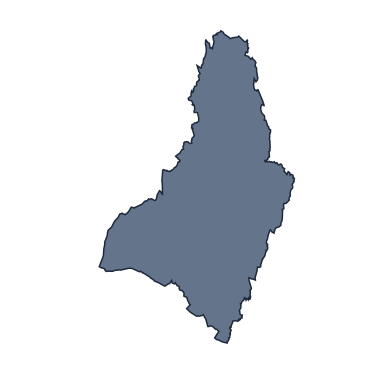 Sørum nor, Akershus, Norway, rotated 81°
{"feature_id": "86288312B90693098258026", "entity_name": "Sørum nor", "entity_type": "district", "adm_level": 2, "iso_a3": "NOR", "parent_name": "Norway", "parent_adm1": "Akershus", "projection": "natural_earth1", "projection_center": [11.283, 59.978], "detail": "fine", "context": "isolated", "style": "filled", "palette": "slate", "viewbox_px": 384, "rotation_deg": 81, "n_neighbors": 0, "source": "geoboundaries", "source_scale": "gbopen_adm2", "svg_char_len": 6032}
<svg xmlns="http://www.w3.org/2000/svg" viewBox="0 0 384 384"><g transform="rotate(81 192 192)"><path d="M37.3,138.2L38.3,139.0L39.3,142.9L40.5,142.5L40.1,143.8L40.9,145.0L40.7,146.3L41.3,146.5L41.5,147.0L43.1,147.2L43.7,146.8L45.0,147.1L46.9,146.6L53.4,149.3L52.5,149.7L52.4,150.3L53.0,150.9L52.6,151.6L48.0,151.6L46.4,153.2L44.0,154.5L44.3,154.8L48.0,155.6L50.9,155.4L54.9,155.8L57.1,156.4L57.9,157.0L60.2,157.8L62.2,159.7L66.6,160.9L67.7,161.5L67.5,161.8L68.7,162.8L70.9,163.5L70.3,164.7L67.9,167.2L74.3,166.3L76.4,165.5L77.9,167.4L79.5,167.6L80.7,167.0L82.7,167.4L82.6,168.0L83.7,168.9L83.8,169.7L85.9,170.7L86.6,170.5L88.0,171.4L88.1,172.9L90.3,174.0L90.7,174.7L91.9,174.5L93.2,175.1L92.8,175.4L93.3,175.8L92.1,176.5L94.2,177.4L97.0,177.9L98.8,181.0L99.8,181.1L100.8,180.7L101.5,178.9L102.4,177.8L104.5,177.5L105.8,176.8L105.9,178.0L106.2,177.8L106.7,176.3L110.4,176.3L112.8,177.4L113.8,177.4L114.2,174.8L114.7,174.1L120.1,173.8L122.9,174.3L123.6,175.0L124.1,175.9L123.9,176.4L124.3,176.9L124.3,178.9L125.0,179.4L125.4,181.2L125.9,181.7L126.7,182.0L127.6,181.7L128.5,182.5L129.1,182.0L129.4,181.2L130.0,181.9L136.4,180.9L137.8,182.0L139.0,183.7L140.6,184.0L141.7,184.7L143.6,184.5L143.9,186.0L143.0,187.4L141.8,188.2L141.4,189.6L141.7,190.7L141.4,191.2L142.2,192.4L143.8,192.6L146.0,193.9L148.3,193.8L148.6,195.4L151.5,197.8L154.1,202.6L155.5,201.7L155.9,200.9L157.1,200.6L158.4,199.2L159.0,199.0L159.2,199.3L160.3,199.6L160.0,200.5L160.2,201.0L163.1,202.4L165.1,204.6L165.1,205.5L166.7,207.1L167.3,208.8L168.2,210.0L167.8,210.4L168.2,211.6L166.8,213.4L167.2,213.6L165.5,216.5L165.8,217.5L176.5,220.0L179.0,220.0L189.6,221.5L189.1,222.1L186.4,223.0L185.6,223.9L189.2,226.7L193.2,228.3L194.4,229.2L194.5,230.4L192.4,232.9L192.3,233.5L192.8,234.5L192.0,235.9L193.8,237.9L193.5,239.4L194.0,240.4L196.3,243.4L198.3,250.7L198.8,251.1L197.5,254.3L201.2,257.5L202.6,259.2L203.9,261.7L203.2,262.5L203.1,263.5L202.0,264.2L202.5,266.8L205.6,269.0L208.0,272.2L210.2,274.2L213.9,276.7L216.6,280.7L218.6,281.7L222.0,282.6L227.7,286.0L230.6,286.5L233.8,287.8L241.4,289.6L251.3,295.3L252.5,293.7L254.0,290.5L256.0,290.0L257.0,289.2L256.8,288.8L257.9,282.7L257.4,280.4L257.5,277.5L257.3,277.3L257.3,276.5L258.0,275.2L257.4,266.1L258.1,263.2L262.2,257.0L262.7,255.8L262.3,255.0L264.1,253.4L263.9,253.1L264.6,252.7L266.1,250.5L266.6,250.3L269.3,246.9L270.6,246.3L272.0,244.4L274.3,242.7L276.4,239.1L280.6,233.9L280.6,233.1L278.9,229.5L279.0,228.5L276.2,226.0L278.8,225.8L280.0,223.7L279.0,222.7L282.1,221.4L282.9,219.9L284.2,219.4L285.5,219.8L286.3,219.6L287.2,219.0L288.0,216.9L290.6,215.7L293.6,216.3L295.3,213.6L298.5,213.2L302.6,211.9L303.2,211.4L305.5,214.6L306.4,215.5L307.0,215.1L310.5,212.4L315.4,206.9L315.4,205.4L315.8,204.1L315.5,202.2L315.7,201.9L315.0,200.1L319.6,198.3L327.3,197.4L327.5,196.7L327.1,194.6L328.1,192.6L331.3,190.2L331.4,189.2L333.8,187.3L339.7,192.5L341.1,191.3L341.9,190.2L342.5,188.5L344.4,186.2L346.7,181.0L345.1,180.5L345.3,180.1L343.0,178.3L342.1,178.7L341.6,177.5L340.7,177.5L338.8,176.5L337.9,176.8L338.0,176.4L335.5,175.7L334.9,175.0L333.6,175.2L332.9,176.3L331.9,175.9L331.4,175.6L331.8,174.9L331.6,174.5L329.6,173.9L327.8,172.6L326.0,172.0L325.9,169.2L326.8,167.2L326.5,166.3L325.5,166.0L325.9,165.6L325.3,165.2L325.8,164.9L325.4,164.2L324.4,163.9L324.4,163.4L323.7,162.6L324.0,162.4L321.9,161.7L322.0,162.1L321.4,162.0L321.4,162.5L319.7,163.8L317.7,163.4L316.7,163.9L314.0,161.9L311.3,161.3L310.6,161.7L309.7,161.6L309.9,160.8L307.8,159.6L307.1,157.9L304.8,156.9L305.5,156.5L305.4,156.1L306.0,156.3L307.1,155.5L305.8,155.1L306.5,155.2L306.0,154.8L306.0,154.2L306.7,153.8L305.9,153.0L306.8,152.9L305.9,152.4L307.0,152.4L306.3,152.1L307.0,152.0L306.9,151.5L304.7,150.5L301.8,150.7L300.2,149.9L298.1,150.3L297.7,149.1L296.4,148.4L288.0,149.5L285.5,149.2L287.2,146.8L287.5,145.3L288.9,143.2L286.5,143.1L280.3,140.2L276.6,139.2L276.3,138.5L277.1,137.3L276.5,135.8L273.7,135.2L273.3,134.7L270.1,133.4L270.0,133.0L268.9,132.8L268.9,132.2L266.3,130.0L263.4,128.9L262.1,127.9L261.7,128.2L261.3,128.0L260.8,127.5L260.9,126.6L258.5,125.8L257.2,126.5L256.6,125.6L256.0,125.6L255.2,125.6L254.6,126.4L252.5,126.3L250.1,124.8L246.2,123.4L241.8,120.8L241.6,120.6L243.1,119.6L243.8,119.5L245.5,117.5L241.8,115.8L240.9,115.0L240.3,113.9L240.2,111.9L238.8,109.4L236.2,109.0L234.7,107.7L232.0,106.9L224.4,105.4L223.7,105.8L223.2,105.3L223.3,104.9L222.8,103.9L218.1,103.5L217.7,102.6L218.0,102.0L217.8,100.6L215.2,97.2L213.6,97.3L212.3,96.5L211.6,95.7L209.8,95.2L208.9,95.4L206.2,94.4L205.0,93.7L204.2,92.4L203.6,91.9L200.0,91.7L197.7,89.5L196.6,89.8L196.2,89.2L194.6,88.7L193.9,90.1L193.1,89.5L191.3,89.7L190.4,90.5L190.2,91.5L190.7,92.3L188.3,92.4L187.0,93.8L189.7,95.5L189.5,95.9L187.5,96.5L185.9,97.9L183.4,96.9L181.8,98.8L179.6,99.0L178.4,99.6L178.2,100.3L178.9,102.0L178.2,102.8L176.3,103.6L176.8,105.0L175.0,105.9L175.5,107.7L174.6,108.6L174.9,109.9L173.8,110.9L174.0,112.4L173.5,113.4L173.8,114.6L173.1,115.3L172.2,115.0L172.5,113.3L171.9,112.8L171.7,112.1L169.6,111.2L169.7,110.4L169.0,109.9L165.4,109.7L164.4,110.0L163.9,109.0L162.9,108.3L161.3,108.4L160.7,107.9L153.0,107.0L151.4,107.3L150.5,106.7L148.1,106.5L147.1,106.0L146.4,106.1L145.5,105.2L143.2,104.7L142.6,104.9L141.7,106.2L139.6,106.1L138.8,106.9L132.8,107.8L132.5,108.3L132.7,108.9L132.4,109.5L130.5,108.6L128.0,108.6L125.1,110.6L121.9,111.2L119.5,111.0L116.8,109.6L116.6,109.0L118.0,107.4L117.7,107.2L112.4,108.1L101.4,110.8L101.4,111.5L102.3,112.2L101.4,113.0L101.2,113.9L98.8,114.5L94.9,114.4L94.5,113.9L89.9,112.8L93.1,111.6L92.1,110.3L90.1,109.2L82.8,109.3L80.6,108.9L78.6,109.2L77.8,110.1L75.2,109.3L74.3,108.6L72.0,109.5L70.1,111.1L68.8,111.4L70.0,113.3L66.9,115.0L65.3,118.2L62.3,117.0L62.2,116.4L63.1,115.7L62.5,114.9L59.6,114.7L59.0,114.4L59.3,113.9L58.9,113.6L58.2,113.6L57.1,114.5L55.9,113.9L55.1,114.2L54.3,113.6L53.7,114.1L52.4,114.0L51.4,113.5L50.6,113.8L52.1,115.5L51.4,117.0L45.3,121.4L45.8,121.8L46.1,123.1L46.0,128.1L46.5,130.3L45.1,131.2L41.1,135.5L38.9,136.4L37.3,138.2Z" fill="#64748b" stroke="#1e293b" stroke-width="1.5"/></g></svg>